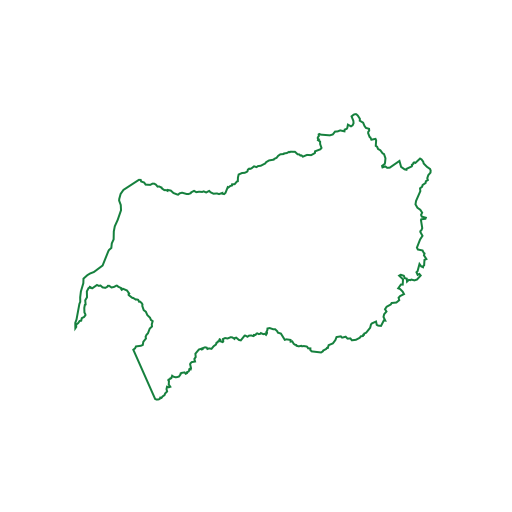 Santa Maria das Barreiras, Pará, Brazil (Mercator projection), rotated 156°
{"feature_id": "56859067B47432840261489", "entity_name": "Santa Maria das Barreiras", "entity_type": "district", "adm_level": 2, "iso_a3": "BRA", "parent_name": "Brazil", "parent_adm1": "Pará", "projection": "mercator", "projection_center": [-50.26, -8.642], "detail": "fine", "context": "isolated", "style": "outline", "palette": "green", "viewbox_px": 512, "rotation_deg": 156, "n_neighbors": 0, "source": "geoboundaries", "source_scale": "gbopen_adm2", "svg_char_len": 6113}
<svg xmlns="http://www.w3.org/2000/svg" viewBox="0 0 512 512"><g transform="rotate(156 256 256)"><path d="M364.6,177.9L363.3,178.8L363.1,179.7L362.3,179.9L361.7,179.1L361.0,179.9L360.2,184.0L359.3,184.7L357.9,185.2L354.6,184.4L354.2,187.0L352.2,188.2L351.1,191.4L346.2,193.8L343.7,193.5L343.6,192.7L342.8,192.6L342.7,193.5L339.7,193.3L338.3,192.3L338.2,190.8L336.5,190.7L334.4,189.3L331.4,190.8L328.6,191.4L327.4,192.8L326.5,192.7L325.8,193.4L324.9,193.1L323.1,194.7L322.6,194.1L323.0,192.4L321.5,190.9L320.7,191.2L319.9,193.6L317.6,193.6L315.5,192.2L312.1,192.1L310.7,191.2L309.4,189.1L308.9,189.7L307.3,189.5L305.7,186.2L304.2,185.1L298.8,187.9L298.1,187.6L296.6,185.7L294.8,186.1L292.6,185.3L291.0,183.9L290.2,184.0L289.9,184.7L288.5,184.1L287.1,184.9L286.3,184.8L285.2,183.5L283.6,183.2L282.9,183.6L281.1,181.6L279.5,181.3L278.9,179.9L277.5,180.9L277.1,181.6L277.5,182.3L275.9,183.5L275.0,185.1L272.8,184.6L270.1,182.1L268.3,181.3L267.2,178.6L267.2,177.1L264.8,175.0L263.8,167.7L262.1,167.5L258.6,165.3L259.2,163.7L257.6,163.3L257.3,160.5L256.6,159.2L255.4,158.3L255.5,157.5L253.7,156.1L251.1,155.5L250.7,154.8L249.0,154.3L246.8,152.9L246.2,152.3L245.9,150.4L243.9,149.5L244.6,148.0L243.9,146.2L235.8,141.4L233.7,141.7L233.1,142.3L229.8,142.5L228.5,143.2L227.8,142.8L225.9,145.0L221.3,144.9L217.7,146.9L215.4,149.2L211.2,148.1L210.8,146.7L210.2,146.3L206.9,145.8L206.0,143.3L203.3,142.3L202.7,140.0L198.8,138.8L194.4,139.1L193.0,140.0L190.9,139.4L190.1,140.4L189.4,140.1L188.7,141.1L186.6,141.1L180.9,144.0L178.8,146.7L177.5,147.3L173.0,147.3L173.7,144.0L172.7,142.7L170.2,141.3L165.5,145.1L164.2,144.4L164.3,148.5L162.6,150.7L159.4,152.2L159.8,154.9L157.3,156.5L152.6,156.9L151.2,157.9L146.7,156.4L143.1,157.4L142.7,159.9L140.6,160.8L136.3,161.0L136.5,163.8L137.8,167.2L139.2,168.6L135.2,171.0L133.6,170.2L131.2,174.9L133.2,179.8L131.4,180.0L129.0,177.8L129.1,175.2L127.5,174.0L128.4,171.2L126.1,172.0L124.7,171.1L123.7,171.3L121.2,169.3L118.5,169.0L113.5,171.2L114.1,173.2L116.0,173.0L116.0,175.9L114.6,176.4L109.9,182.2L109.3,179.3L108.0,177.8L107.2,178.9L106.2,179.1L103.7,183.9L101.6,183.9L102.3,188.3L101.0,189.8L101.5,190.8L101.6,193.3L105.5,196.1L105.6,198.2L99.3,204.4L95.7,206.7L96.1,211.1L95.8,211.8L94.4,212.3L92.8,213.8L90.7,221.7L90.1,222.3L86.1,221.1L85.3,221.9L88.5,224.5L88.5,226.4L86.6,228.0L87.1,231.4L88.9,234.4L89.3,238.3L87.4,241.2L79.5,248.4L78.6,251.1L76.1,251.7L74.9,253.1L71.4,253.7L70.4,255.2L68.1,255.5L67.9,257.4L65.7,259.8L62.7,261.2L61.7,263.0L61.6,264.7L63.6,268.0L65.2,272.3L64.9,274.2L65.5,276.9L66.5,278.3L72.5,276.2L73.4,277.2L74.2,277.1L74.7,276.3L76.5,275.9L76.7,274.9L77.4,274.5L83.0,274.4L83.5,273.6L85.0,274.7L87.2,278.4L86.3,284.5L97.9,282.3L100.3,283.2L101.4,285.2L104.4,285.5L104.2,287.0L100.9,287.8L100.2,288.7L98.0,292.6L97.6,297.0L98.6,298.3L99.4,302.0L101.0,304.2L100.9,306.5L101.8,307.9L99.2,312.8L99.2,314.4L103.3,315.3L103.3,317.8L103.8,318.4L103.6,322.6L103.0,323.7L101.6,324.5L101.0,326.2L103.5,328.3L104.0,330.7L103.9,334.2L106.2,337.4L105.3,339.1L105.9,342.9L106.7,344.7L107.6,345.2L109.2,345.4L111.9,344.7L112.1,339.8L112.9,337.6L114.6,336.1L116.5,335.8L118.6,338.6L120.5,335.9L121.4,335.3L123.6,335.4L124.5,333.9L128.0,336.5L130.7,336.6L133.2,337.5L136.4,335.8L139.5,336.2L147.4,340.5L148.5,341.7L149.3,341.6L149.8,340.0L151.3,339.2L151.7,338.4L151.8,337.7L151.2,337.0L152.2,336.5L150.9,334.5L151.9,332.1L152.2,328.1L153.8,327.3L159.5,327.6L160.2,326.2L161.2,326.0L164.6,325.7L168.3,327.6L172.8,327.7L173.5,329.4L174.6,329.7L175.1,331.1L176.6,332.0L178.0,335.3L182.0,337.2L183.0,337.1L183.5,337.7L186.0,337.5L188.7,338.3L189.3,337.9L192.4,339.0L195.0,338.5L197.3,337.3L199.8,337.3L200.6,336.8L205.2,338.0L208.6,337.6L209.9,336.8L214.9,336.5L217.6,337.3L219.4,337.0L221.3,338.7L224.5,337.9L226.2,338.0L226.7,338.6L228.3,338.2L229.3,336.9L230.2,336.6L232.5,336.6L235.0,337.5L238.7,337.5L240.6,335.0L242.2,331.7L243.2,331.8L246.3,330.3L248.7,331.2L249.2,330.2L251.1,330.4L253.4,329.8L253.8,330.4L258.2,326.1L259.9,325.5L261.4,326.6L261.1,327.3L264.6,327.6L266.2,329.0L269.5,330.2L271.6,332.7L272.3,334.5L275.7,334.3L277.5,336.3L279.1,336.4L281.9,337.9L284.6,338.6L286.1,340.7L289.4,340.5L290.1,339.9L292.6,340.1L294.2,340.9L297.8,343.9L300.3,344.3L302.2,343.7L302.9,344.2L305.8,347.1L307.2,350.4L309.7,352.2L310.3,351.5L311.2,352.7L312.9,353.4L314.6,356.2L314.4,356.9L316.3,359.0L317.7,359.4L318.4,361.9L319.6,363.5L321.1,364.2L323.7,364.0L327.8,366.1L328.3,368.6L330.6,370.8L330.4,372.4L332.0,373.2L350.2,370.3L354.4,367.8L357.7,363.8L358.5,362.3L358.8,357.6L360.7,352.7L367.7,345.2L372.9,340.6L375.9,336.3L379.3,329.1L382.6,326.2L384.9,322.2L387.8,321.3L388.9,320.5L400.0,309.7L410.6,307.3L414.6,307.5L417.8,307.1L422.8,305.5L424.8,301.4L430.4,294.8L433.4,289.8L435.2,285.6L436.8,284.1L445.8,271.0L448.3,268.4L450.4,263.5L449.1,264.3L448.2,266.5L445.8,267.0L443.5,268.4L442.0,268.0L440.4,270.1L437.9,270.2L435.9,271.3L435.6,272.1L435.7,274.2L434.0,278.4L432.2,281.0L431.4,281.0L430.0,285.0L427.2,287.0L424.9,292.5L422.0,294.8L421.1,294.7L420.4,295.4L419.8,294.8L420.0,294.1L418.7,293.1L413.1,294.2L411.7,292.6L410.1,292.3L408.9,289.7L406.6,288.2L404.1,288.4L403.5,289.0L402.3,288.5L400.8,286.0L398.3,285.5L395.5,285.7L394.8,285.2L394.4,284.0L392.2,281.5L392.6,280.6L392.4,279.7L390.8,280.1L387.9,277.0L387.1,273.3L387.9,273.0L388.2,272.1L386.0,268.0L385.3,267.7L383.5,265.0L382.7,264.9L381.5,263.9L381.4,261.8L380.6,261.6L379.7,259.8L379.4,258.0L380.2,256.6L380.6,252.2L379.3,249.9L379.3,246.2L377.9,242.7L378.0,240.4L376.9,238.5L379.0,236.0L379.7,233.9L382.6,232.9L386.2,229.3L388.0,228.6L389.7,227.1L390.1,225.4L393.8,223.5L395.6,220.8L397.6,220.8L402.4,222.2L404.1,220.8L406.2,220.3L406.3,166.4L405.1,165.2L403.3,164.6L402.1,164.6L401.0,165.6L400.1,164.8L398.5,165.7L396.2,166.1L394.9,167.4L392.3,168.4L391.9,170.8L390.4,172.8L389.1,171.5L387.5,171.4L388.0,174.1L386.4,177.1L386.7,177.9L386.3,178.6L384.7,178.6L384.0,179.1L383.1,178.8L381.3,180.7L380.5,179.3L378.6,177.8L377.0,177.4L375.4,177.2L373.0,178.6L372.6,179.4L371.7,179.5L368.6,178.7L368.1,177.0L366.6,177.1L366.3,177.9L364.6,177.9Z" fill="none" stroke="#15803d" stroke-width="2"/></g></svg>